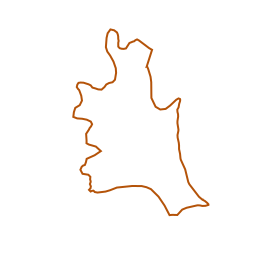 the border of Nassarawa, rotated 251°
{"feature_id": "NGA-2867", "entity_name": "Nassarawa", "entity_type": "State", "adm_level": 1, "iso_a3": "NGA", "parent_name": "Nigeria", "parent_adm1": "", "projection": "albers", "projection_center": [8.322, 8.561], "detail": "fine", "context": "isolated", "style": "outline", "palette": "amber", "viewbox_px": 256, "rotation_deg": 251, "n_neighbors": 0, "source": "natural_earth", "source_scale": "10m", "svg_char_len": 1933}
<svg xmlns="http://www.w3.org/2000/svg" viewBox="0 0 256 256"><g transform="rotate(251 128 128)"><path d="M226.9,143.5L224.9,146.7L221.9,148.7L219.8,148.8L217.7,148.5L215.5,147.8L213.4,147.5L211.7,146.5L208.1,145.3L206.2,146.1L205.0,147.8L204.2,149.7L203.9,152.0L207.9,157.0L208.1,160.8L208.0,162.1L208.6,163.5L208.8,165.4L207.3,166.8L196.6,174.0L194.1,176.2L180.0,165.7L180.0,166.1L177.3,166.3L169.1,166.0L163.8,164.9L148.8,159.9L139.1,161.0L135.0,164.5L133.8,169.8L135.5,175.1L139.0,182.8L139.5,185.4L138.5,186.6L138.0,186.6L137.1,186.3L136.2,185.8L134.4,184.4L131.0,182.5L129.3,180.6L127.1,180.0L124.7,179.8L122.4,179.1L118.4,177.0L116.4,176.3L110.2,175.2L108.9,174.7L105.2,172.5L102.7,171.8L97.5,171.2L94.9,170.6L91.4,169.4L86.6,168.8L82.9,167.9L82.0,167.7L80.7,167.6L70.3,168.6L57.3,167.4L54.8,167.7L39.9,172.7L36.0,175.0L36.0,175.4L35.4,175.6L34.0,176.9L31.4,178.5L29.7,179.2L29.1,179.0L29.2,175.9L30.1,172.9L31.4,170.8L32.3,168.5L33.5,157.5L33.2,152.7L29.7,146.3L31.5,141.5L32.1,138.9L42.8,137.3L53.2,134.5L62.7,129.8L66.0,126.2L68.6,122.1L71.8,113.1L75.3,98.1L75.0,90.8L75.2,86.1L76.9,78.1L78.3,75.7L79.1,75.4L80.0,74.9L80.3,73.4L80.1,72.0L82.2,71.0L83.2,72.9L85.0,73.9L87.4,73.7L89.2,75.2L90.4,75.4L91.6,75.4L94.1,76.5L96.7,75.3L99.5,70.1L104.0,69.4L106.4,71.6L107.1,73.3L107.1,75.2L109.4,77.1L112.3,78.9L113.1,87.6L115.0,94.8L120.9,91.6L125.1,85.6L127.1,83.8L129.5,84.7L136.1,86.5L139.1,90.4L140.5,91.8L141.5,93.5L143.3,95.3L146.2,94.9L149.3,91.7L151.7,87.6L153.6,83.1L156.3,79.9L160.6,82.0L164.2,84.7L165.3,89.8L168.9,93.4L173.7,94.3L178.7,94.2L180.0,94.1L181.1,93.5L183.4,92.9L185.5,94.2L186.8,95.9L186.4,98.0L185.3,100.7L182.2,104.9L180.5,106.6L177.8,107.5L176.0,110.1L174.2,112.4L172.9,115.5L174.4,119.1L176.2,121.6L176.7,124.7L176.3,128.3L177.9,131.4L184.0,134.7L188.5,135.9L195.5,135.9L202.3,134.7L207.0,133.3L211.6,133.4L220.2,137.1L224.2,139.6L226.9,143.5Z" fill="none" stroke="#b45309" stroke-width="2"/></g></svg>